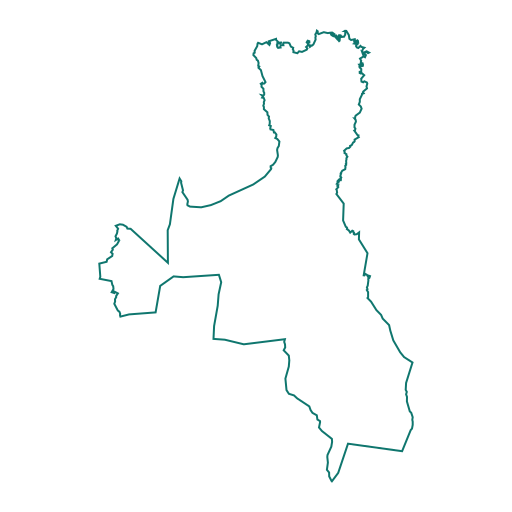 Norðurþing, Norðurland eystra, Iceland
{"feature_id": "244011B18729557885943", "entity_name": "Norðurþing", "entity_type": "district", "adm_level": 2, "iso_a3": "ISL", "parent_name": "Iceland", "parent_adm1": "Norðurland eystra", "projection": "orthographic", "projection_center": [-16.378, 66.009], "detail": "fine", "context": "isolated", "style": "outline", "palette": "teal", "viewbox_px": 512, "rotation_deg": 0, "n_neighbors": 0, "source": "geoboundaries", "source_scale": "gbopen_adm2", "svg_char_len": 5911}
<svg xmlns="http://www.w3.org/2000/svg" viewBox="0 0 512 512"><path d="M366.9,82.5L364.3,81.3L363.2,82.3L361.5,81.6L361.2,78.7L364.2,75.2L361.4,72.8L360.8,73.5L359.7,73.0L359.7,71.8L361.2,71.6L361.3,69.1L359.6,67.4L359.4,66.6L359.7,65.5L359.2,64.7L361.0,64.6L361.3,65.5L361.0,66.3L362.8,65.9L363.0,64.8L362.6,63.4L360.6,63.5L361.2,62.4L360.8,62.0L361.2,60.8L360.0,58.6L363.7,56.4L365.0,57.2L365.9,55.1L364.9,54.1L363.2,54.9L362.3,52.4L363.2,53.1L366.3,51.9L368.0,53.1L369.0,52.6L366.6,51.3L363.8,52.6L362.6,52.2L362.0,51.1L363.0,48.9L364.3,47.7L361.3,46.9L360.5,45.9L358.3,48.0L356.8,47.4L356.0,46.0L356.7,44.4L357.4,44.3L357.1,43.2L358.2,42.9L357.9,40.8L357.3,40.3L355.3,42.1L356.9,43.3L357.0,44.1L354.5,43.6L355.3,43.1L354.2,41.9L354.2,41.1L355.2,41.9L354.8,39.2L351.1,40.0L349.4,38.8L348.8,35.0L346.3,30.9L345.0,30.8L344.7,31.0L345.3,31.0L345.2,34.7L344.0,36.7L342.3,36.9L340.0,35.2L339.0,35.4L338.8,36.3L339.2,35.4L341.9,36.9L339.9,37.1L339.6,40.7L339.1,41.1L337.9,39.5L338.2,38.7L337.4,39.3L336.1,37.8L336.5,37.1L335.5,36.8L336.1,36.3L335.3,35.5L334.2,35.1L334.2,36.1L333.2,36.1L331.4,35.0L330.2,32.7L327.8,33.1L323.8,32.2L318.7,34.1L317.8,33.4L317.7,31.3L316.9,30.7L316.5,32.5L315.3,34.4L315.8,36.2L315.4,37.4L315.6,39.6L313.4,44.4L312.2,45.5L309.9,45.4L311.2,45.8L309.9,46.9L307.8,42.9L309.2,42.4L309.4,43.3L309.3,41.2L307.7,40.7L306.7,42.3L308.0,43.7L307.8,45.4L306.1,47.0L307.4,48.4L306.7,49.7L302.0,51.9L299.1,51.3L297.4,53.2L293.4,52.2L293.5,50.4L292.8,49.3L293.2,47.8L290.9,46.6L289.4,43.3L288.0,42.7L283.7,42.7L283.2,44.2L283.4,45.2L280.9,45.2L280.2,46.8L280.5,47.5L278.1,47.9L277.2,46.8L277.1,46.1L277.4,45.9L276.9,44.9L277.3,44.5L277.3,43.2L278.1,43.2L278.2,42.0L276.0,39.8L276.0,38.9L268.7,41.3L268.7,42.0L269.7,42.2L270.1,43.2L269.4,44.9L266.4,42.2L262.0,44.3L258.1,42.8L257.6,43.5L257.2,46.2L254.6,50.8L254.7,52.7L253.6,53.3L253.4,55.1L256.2,58.0L256.7,59.8L257.9,60.6L258.6,63.0L258.2,65.8L259.3,66.5L258.5,67.8L260.9,70.1L262.5,76.1L265.5,82.1L264.3,83.5L262.8,83.7L262.3,82.8L260.8,83.8L261.6,84.9L261.5,86.8L263.4,88.7L263.5,91.5L264.2,92.7L264.2,94.5L262.2,97.6L263.7,97.9L264.6,100.2L263.8,102.1L264.0,103.7L263.3,105.8L263.9,106.9L263.9,109.2L267.4,112.3L267.5,114.8L269.0,116.6L268.7,118.3L269.8,121.1L269.7,124.0L269.2,125.3L270.8,126.0L270.2,128.4L270.5,129.4L273.4,130.0L274.1,133.3L274.1,132.3L274.7,132.3L276.4,134.5L276.2,136.6L275.3,138.0L277.3,139.0L279.4,141.5L278.8,146.0L277.5,148.1L277.1,150.0L277.9,155.3L277.7,157.0L275.3,162.0L273.0,164.8L270.6,166.2L270.7,167.7L271.3,168.2L271.0,169.2L264.8,176.6L253.2,184.5L228.8,195.6L220.8,201.1L210.9,205.1L201.2,207.3L190.0,206.6L187.5,205.3L187.3,204.2L187.9,201.6L187.6,199.8L182.4,192.1L183.0,190.4L181.1,182.8L181.3,181.3L179.6,178.5L173.4,198.9L169.9,224.3L167.7,230.2L167.9,262.8L130.6,228.8L127.4,228.6L126.6,226.8L122.9,224.7L119.8,224.3L115.8,225.8L118.1,228.7L117.2,230.9L117.4,231.6L116.9,233.6L115.5,236.3L116.3,238.3L115.8,240.0L118.1,238.5L118.8,239.6L117.9,239.6L118.7,240.0L118.8,241.2L117.0,244.4L112.3,248.3L112.8,249.7L111.0,252.2L112.6,253.8L112.2,256.0L107.2,259.3L106.6,261.8L99.3,263.6L100.3,276.7L99.7,278.8L111.5,281.1L112.3,284.8L113.2,286.2L113.5,289.0L111.7,292.2L114.2,293.0L114.2,291.5L117.9,293.4L116.1,296.1L116.2,297.1L115.0,299.2L115.1,301.5L114.3,303.8L117.8,310.5L119.4,311.7L120.2,313.8L120.0,315.1L120.4,316.6L129.1,314.4L155.6,312.4L160.2,285.9L173.6,276.4L183.2,277.2L218.9,274.8L221.2,282.2L218.6,294.3L217.7,305.8L214.1,326.0L213.5,338.9L224.8,339.7L243.8,344.3L284.9,339.2L284.2,341.9L285.0,344.3L285.2,347.4L283.7,350.3L288.8,355.6L289.3,360.4L288.8,366.6L285.4,378.6L286.5,390.1L288.9,393.8L294.0,395.4L297.2,398.4L309.3,406.4L310.6,410.1L312.5,412.9L316.8,415.3L317.4,419.5L320.0,421.1L320.1,422.1L319.0,427.5L321.9,431.0L331.9,438.9L332.1,441.9L331.3,446.7L327.5,455.0L327.3,457.0L327.9,462.6L326.9,469.8L329.1,472.5L329.2,476.4L331.5,480.9L331.9,481.3L338.2,472.9L348.0,443.7L402.1,451.2L410.7,430.1L412.0,428.6L412.7,424.9L412.7,421.7L412.3,419.8L412.7,417.2L411.2,412.7L409.8,411.4L406.9,401.4L407.0,396.9L406.1,394.3L406.8,391.9L405.7,389.8L406.1,382.9L412.5,362.5L404.1,357.1L400.2,352.3L393.3,340.4L390.3,330.6L389.1,325.1L382.7,318.6L381.1,314.9L376.4,310.1L371.1,301.7L367.5,298.0L368.1,297.2L368.1,292.1L366.8,290.0L367.5,289.2L366.9,287.4L367.7,285.7L368.4,280.4L368.2,279.0L369.4,277.9L370.0,276.1L368.6,275.6L367.9,276.5L367.0,274.9L365.3,273.9L364.4,275.4L363.7,275.3L367.5,253.2L358.9,239.4L359.1,232.4L356.8,234.2L354.5,234.5L353.8,234.0L354.0,232.8L353.4,232.4L353.3,231.2L352.3,230.7L350.2,232.6L348.8,230.4L346.9,229.1L347.2,228.2L346.8,227.4L345.8,226.8L343.1,220.5L343.7,203.6L336.4,194.0L337.1,192.7L336.7,189.9L336.3,189.3L338.3,187.1L338.0,186.3L338.2,185.4L337.4,185.6L337.5,183.8L337.0,183.7L338.2,182.2L337.5,182.1L337.5,181.2L338.5,180.1L338.9,181.0L339.1,180.3L340.8,180.2L340.9,179.2L340.1,178.8L341.2,177.6L340.4,176.7L340.7,176.3L340.4,175.3L341.1,173.7L340.7,173.3L342.3,170.7L345.2,169.2L345.5,167.0L345.2,165.9L346.2,164.8L345.8,163.9L346.3,163.2L346.1,160.9L346.5,159.3L346.4,158.2L347.4,156.7L346.4,155.4L346.4,154.2L344.5,153.0L344.7,152.0L344.1,150.8L346.7,148.4L349.0,148.0L350.3,146.7L350.1,145.9L351.8,145.0L353.1,142.5L354.2,141.9L354.7,141.1L354.6,139.6L358.7,137.2L358.3,136.7L358.5,135.4L357.5,135.1L354.3,130.6L355.0,130.3L355.4,128.6L354.5,127.4L354.5,124.7L355.9,121.7L355.7,120.0L354.6,118.6L355.1,118.7L355.2,116.8L355.6,115.7L359.8,112.6L361.6,108.7L360.8,106.5L358.8,104.5L359.8,101.9L359.8,99.2L361.9,94.9L362.0,93.9L363.7,93.3L362.9,92.2L363.4,91.4L367.0,88.4L366.5,86.4L367.3,83.6L366.9,82.5ZM332.3,32.6L331.0,32.6L333.2,33.7L332.6,33.9L332.9,34.3L335.0,34.6L332.3,32.6ZM282.0,42.5L279.8,42.6L279.8,43.4L282.0,42.5ZM338.2,37.5L338.9,36.5L337.2,37.2L338.2,37.5ZM336.9,36.6L336.6,35.8L335.8,35.0L336.5,36.4L336.9,36.6ZM262.7,95.6L262.2,95.3L261.7,95.2L261.9,95.4L262.7,95.6Z" fill="none" stroke="#0f766e" stroke-width="2"/></svg>